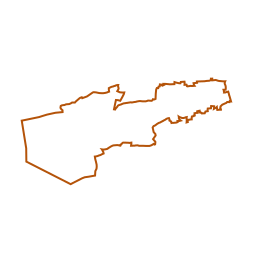 the district of Chichimilá, Yucatán, Mexico, rotated 79°
{"feature_id": "50627088B30666786900791", "entity_name": "Chichimilá", "entity_type": "district", "adm_level": 2, "iso_a3": "MEX", "parent_name": "Mexico", "parent_adm1": "Yucatán", "projection": "equal_earth", "projection_center": [-88.19, 20.466], "detail": "fine", "context": "isolated", "style": "outline", "palette": "amber", "viewbox_px": 256, "rotation_deg": 79, "n_neighbors": 0, "source": "geoboundaries", "source_scale": "gbopen_adm2", "svg_char_len": 5673}
<svg xmlns="http://www.w3.org/2000/svg" viewBox="0 0 256 256"><g transform="rotate(79 128 128)"><path d="M172.2,195.0L171.4,192.4L168.6,182.6L168.1,179.9L168.3,176.0L168.4,169.4L164.1,168.3L162.0,166.7L160.7,166.3L160.0,166.1L158.7,165.9L158.1,165.8L154.6,165.9L153.7,166.0L153.2,166.0L152.2,166.1L149.7,166.0L149.8,164.9L149.7,163.1L149.4,161.7L149.3,160.2L148.8,158.7L148.4,156.8L146.9,156.8L146.3,157.1L145.5,157.2L145.0,157.4L144.7,157.5L144.4,157.5L144.0,157.7L144.4,156.6L144.4,156.4L144.5,156.0L144.6,155.0L144.6,154.2L144.6,153.9L144.6,153.2L144.6,152.6L144.3,151.7L144.0,151.3L144.0,151.0L143.7,150.5L143.4,149.6L143.3,149.3L143.0,148.7L142.9,148.3L142.4,146.6L142.3,145.5L142.7,141.9L143.1,140.6L143.7,139.5L143.9,138.8L143.7,138.6L143.0,138.7L142.5,137.5L142.4,137.2L141.5,136.1L141.5,135.5L141.5,135.0L141.7,134.4L141.8,133.6L141.9,133.4L142.0,132.7L142.2,132.2L142.4,131.2L142.6,130.3L142.7,130.1L142.9,129.6L142.9,128.8L143.0,128.0L143.0,127.5L144.1,127.7L144.6,127.9L144.8,128.0L145.1,128.1L146.0,128.4L146.6,124.8L146.6,123.6L146.9,121.7L147.5,120.7L147.7,120.0L148.5,116.0L149.0,113.9L149.7,110.3L149.5,108.7L149.3,107.9L149.1,107.4L148.8,106.6L148.5,105.9L149.3,105.2L149.2,104.5L148.7,104.3L147.5,104.0L147.1,103.8L146.7,103.8L145.8,104.3L145.5,104.5L143.7,105.5L140.6,102.3L139.1,102.3L136.9,103.6L132.2,103.7L131.0,102.5L130.8,101.3L130.6,100.9L130.2,99.9L129.6,98.8L129.2,97.7L129.1,97.4L128.9,97.0L128.8,95.9L128.8,95.7L128.6,95.2L128.4,94.5L128.1,93.7L128.0,93.0L127.8,92.7L127.8,92.4L127.7,92.1L127.5,91.7L127.2,90.7L127.0,89.9L126.8,89.4L126.6,89.1L126.3,88.3L126.2,87.7L126.1,87.2L126.1,85.9L127.8,85.6L128.0,85.7L128.4,85.8L128.6,85.9L129.2,85.2L129.6,84.7L129.8,84.6L129.9,84.4L130.3,84.4L130.5,84.4L130.9,84.5L131.2,84.3L131.4,84.3L131.4,84.1L131.4,83.8L131.5,83.2L131.6,82.6L131.7,82.1L131.7,81.9L131.7,81.6L131.8,80.7L131.9,79.9L131.7,78.2L130.6,78.1L130.7,77.8L130.7,77.5L130.8,77.1L130.9,76.3L130.8,74.8L130.4,75.2L129.3,76.0L128.5,76.0L128.0,76.2L127.9,76.1L127.3,76.0L127.1,76.0L126.9,76.0L126.5,76.0L126.9,75.6L127.5,74.7L127.7,74.3L127.8,74.1L128.3,73.4L128.4,73.2L128.5,72.9L128.6,72.6L128.8,71.4L128.7,70.2L128.6,69.6L128.5,69.4L128.5,68.4L128.9,68.6L129.1,68.5L129.6,68.6L130.3,68.7L130.5,68.8L130.9,68.7L131.4,68.7L132.0,69.0L132.9,69.2L133.2,69.2L133.4,69.3L133.7,69.4L133.6,68.2L133.1,68.2L132.9,68.1L131.9,68.0L131.7,67.8L131.4,67.8L131.4,67.5L131.6,66.9L131.5,65.4L131.7,63.8L130.3,63.6L128.9,63.1L128.9,61.3L128.3,61.1L128.4,60.1L126.2,59.9L126.2,58.0L126.4,56.9L124.8,56.9L124.7,55.7L124.7,54.6L125.6,54.9L125.7,54.3L126.4,54.4L126.8,54.2L126.9,53.2L127.4,52.6L127.8,52.6L128.2,49.9L126.6,48.8L126.7,46.5L125.3,46.4L124.1,46.0L124.5,42.8L122.3,42.2L123.1,39.3L124.8,39.7L125.6,40.0L124.7,37.4L124.3,36.8L125.9,36.9L127.3,36.9L127.5,34.7L127.8,33.3L127.4,33.2L127.3,33.3L126.3,33.5L126.0,33.7L125.8,33.6L125.7,33.5L125.2,33.2L124.5,33.1L123.1,31.0L122.7,29.3L122.4,28.1L122.1,26.6L121.4,25.7L121.7,24.4L121.9,23.9L122.0,23.4L121.0,23.0L121.5,21.8L115.8,22.3L115.5,22.4L114.8,22.5L114.4,22.4L112.7,22.6L112.2,22.6L111.4,22.7L111.5,23.6L111.5,24.8L111.7,25.5L111.6,26.4L111.5,26.9L111.3,26.8L110.6,26.8L110.3,26.9L109.3,26.8L108.7,26.9L109.0,24.9L108.6,24.8L107.6,24.4L106.7,24.3L106.2,24.2L105.2,24.2L104.3,24.3L103.8,24.5L102.7,24.6L101.1,24.0L100.7,23.7L100.6,24.3L100.5,25.0L100.4,25.5L99.9,27.3L99.6,28.1L99.6,28.5L98.9,30.4L97.6,32.7L97.5,34.0L97.3,36.2L95.6,35.9L95.5,36.6L95.4,37.2L96.7,37.5L97.0,38.4L97.1,38.9L97.1,39.4L96.8,41.7L96.7,43.9L96.5,45.2L95.5,51.5L96.8,51.6L96.5,55.1L98.1,55.1L99.3,54.6L99.0,57.2L98.6,58.5L98.5,61.5L98.4,61.9L98.1,62.2L97.4,62.1L96.6,62.3L96.4,64.3L93.9,63.7L93.3,63.7L92.9,67.4L94.1,68.0L94.0,68.6L93.9,69.1L92.7,71.9L91.8,73.6L93.8,74.1L93.5,76.0L93.3,77.4L93.1,78.6L91.9,82.6L91.5,84.5L92.5,84.2L92.9,85.7L93.0,86.2L92.6,86.6L91.9,86.5L91.3,88.4L93.2,88.9L93.2,90.1L94.6,90.7L94.4,91.3L94.3,92.1L95.2,92.7L95.9,93.1L99.6,94.2L104.7,95.4L104.9,96.1L105.0,97.0L104.5,98.0L105.5,98.8L105.8,99.6L104.9,103.1L105.1,104.1L105.2,105.5L104.6,108.6L103.8,111.2L103.7,112.8L103.7,113.7L103.7,114.6L103.8,114.9L103.8,115.8L103.7,116.9L103.7,117.4L103.7,117.9L103.7,118.2L103.7,118.7L103.7,119.2L103.6,119.8L103.4,120.0L103.3,120.4L103.2,123.2L103.2,124.2L103.1,124.8L103.1,125.3L103.1,126.0L103.0,127.6L103.3,129.3L103.5,130.0L103.6,130.6L103.6,131.2L103.7,131.5L103.8,132.0L103.8,132.8L104.2,133.7L104.4,133.9L104.8,134.2L104.9,134.3L105.3,134.8L105.6,135.1L106.0,135.7L106.4,136.2L106.7,136.6L107.4,137.1L107.0,138.2L98.2,134.5L98.8,132.4L99.8,130.4L96.2,127.4L95.3,126.7L93.9,125.6L92.4,124.9L92.3,125.7L92.2,126.4L91.4,129.2L89.8,131.5L89.3,131.1L88.7,130.5L88.1,130.1L87.9,129.9L87.4,129.7L87.1,129.7L86.2,129.7L85.6,129.8L84.5,129.7L83.9,129.4L83.8,129.8L83.9,130.3L83.8,130.9L83.8,131.2L83.8,131.5L84.0,131.9L84.1,132.5L84.2,132.8L84.1,133.3L84.2,133.8L84.4,134.6L84.4,135.4L84.5,136.7L84.6,137.0L84.7,137.3L85.0,138.4L85.2,139.2L85.7,139.3L86.7,139.5L88.7,139.6L88.9,141.0L89.1,141.8L89.2,143.7L89.1,145.7L88.8,147.2L88.2,149.6L86.9,152.7L86.6,153.9L86.4,154.3L86.3,155.0L86.4,155.8L89.2,162.2L90.0,167.2L89.0,167.5L89.1,168.2L89.2,168.8L89.3,169.3L89.5,169.8L91.9,174.0L92.2,174.4L92.9,175.3L92.3,178.0L92.5,178.4L92.7,179.0L92.9,179.4L93.1,180.3L93.3,181.1L93.1,182.9L93.0,183.4L93.0,184.8L93.1,185.1L93.3,185.7L93.3,186.2L93.2,187.0L93.2,187.7L93.1,188.3L93.2,188.6L93.5,189.8L93.9,190.0L94.4,190.1L94.8,190.3L95.1,190.4L95.5,190.4L96.0,190.3L96.7,189.9L97.0,189.7L97.6,189.3L98.1,188.9L98.8,189.0L99.9,189.2L99.3,195.3L99.2,196.4L99.4,204.9L99.9,209.8L100.3,213.1L100.5,229.1L100.5,230.9L128.5,231.8L141.6,234.2L172.2,195.0Z" fill="none" stroke="#b45309" stroke-width="2"/></g></svg>